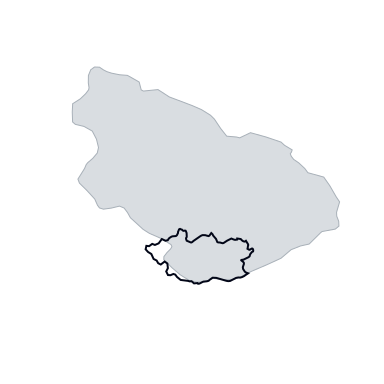 Bhutan, with Gasa highlighted, rotated 207°
{"feature_id": "BTN-2437", "entity_name": "Gasa", "entity_type": "District", "adm_level": 1, "iso_a3": "BTN", "parent_name": "Bhutan", "parent_adm1": "", "projection": "robinson", "projection_center": [89.927, 28.037], "detail": "fine", "context": "in_parent", "style": "outline", "palette": "ink", "viewbox_px": 384, "rotation_deg": 207, "n_neighbors": 0, "source": "natural_earth", "source_scale": "10m", "svg_char_len": 3607}
<svg xmlns="http://www.w3.org/2000/svg" viewBox="0 0 384 384"><g transform="rotate(207 192 192)"><path d="M298.7,168.4L298.2,170.8L295.7,176.9L294.1,183.7L295.5,189.2L301.1,195.7L308.5,201.0L318.0,201.4L326.7,199.3L330.2,200.2L335.0,208.9L338.4,216.5L333.8,224.3L331.4,231.2L330.5,236.1L331.1,238.2L333.9,242.1L337.2,248.8L337.7,255.0L335.6,259.1L331.1,261.2L326.4,260.6L322.4,260.6L317.5,261.4L309.7,263.6L302.5,266.6L289.0,266.0L283.6,259.9L281.1,259.9L268.8,267.8L255.4,266.4L231.0,269.1L220.9,269.7L210.4,268.8L205.1,267.1L195.3,261.6L186.4,257.5L177.3,261.2L174.1,261.9L166.8,271.4L151.1,274.6L135.3,276.9L130.7,275.6L121.9,275.0L121.5,272.8L121.8,270.7L119.8,268.9L116.2,267.2L110.0,266.4L102.1,264.1L97.5,261.8L81.4,265.1L72.0,260.1L61.4,253.2L56.0,250.2L54.0,239.6L52.1,236.2L48.0,232.5L45.6,228.3L47.5,224.0L58.2,215.8L59.0,213.9L64.0,198.8L70.8,193.2L77.5,185.6L82.6,173.4L92.5,160.9L103.2,148.1L110.7,137.7L115.6,132.8L125.7,127.6L134.2,124.6L140.0,117.6L147.1,113.7L154.4,112.0L165.1,112.9L175.3,115.4L186.4,118.9L187.7,121.7L186.8,126.6L185.2,131.6L185.1,134.2L186.8,135.6L197.7,136.6L211.1,135.8L218.5,136.5L235.2,141.1L240.1,144.4L245.2,146.9L250.2,146.5L256.5,141.1L263.1,136.5L267.2,135.8L270.2,137.3L275.5,141.6L286.5,145.7L296.3,148.8L299.5,151.7L298.4,164.2L298.7,168.4Z" fill="#d9dde1" stroke="#a8b0b8" stroke-width="1"/><path d="M105.1,145.0L105.4,144.4L105.5,144.4L107.5,140.6L108.8,138.9L110.2,137.6L111.9,136.9L113.7,135.5L117.7,130.0L119.3,129.0L120.9,128.5L131.4,126.5L134.7,125.0L136.3,122.0L136.9,120.4L138.2,119.2L141.2,117.3L141.9,116.4L143.3,114.4L144.1,113.5L145.0,113.0L145.7,113.4L148.7,111.5L151.9,112.3L153.5,111.3L155.2,111.0L162.2,108.5L166.8,109.5L169.4,110.8L171.4,110.5L173.4,108.1L175.7,107.1L178.9,109.5L178.9,113.2L181.5,117.1L184.8,117.6L186.9,113.2L189.8,113.2L192.4,114.9L195.8,114.9L200.1,118.3L203.9,118.6L207.3,119.9L208.2,123.3L205.6,124.3L203.9,127.7L201.0,128.0L198.4,131.1L197.5,136.4L193.6,136.5L193.0,137.0L191.7,138.0L191.5,140.1L190.9,141.4L190.0,142.9L189.2,143.7L186.4,145.4L185.9,146.4L185.8,147.2L185.9,147.8L185.8,148.6L185.9,149.1L186.1,149.6L186.3,150.1L186.4,150.5L186.4,151.5L186.5,152.2L186.6,152.7L186.3,153.3L185.9,153.7L184.9,153.7L184.4,153.8L183.9,153.9L182.7,153.5L182.1,153.5L181.6,153.7L181.1,154.2L180.6,154.5L180.1,154.6L179.4,154.1L178.2,153.0L176.5,150.0L176.3,149.4L176.3,149.1L176.3,148.9L176.4,148.6L176.3,148.1L176.0,147.5L174.6,146.2L173.1,146.3L170.3,146.5L169.9,146.6L169.5,146.9L169.1,147.5L168.4,149.2L164.8,155.9L164.4,156.6L163.9,157.4L163.1,158.3L161.3,159.2L160.4,159.6L158.6,159.9L158.1,160.1L157.7,160.1L157.3,160.2L157.0,160.6L156.7,160.9L156.2,164.2L154.8,163.8L154.4,163.6L153.4,162.8L149.3,161.1L147.2,159.3L146.7,158.9L146.2,158.9L145.7,159.0L144.6,159.5L144.0,159.7L143.4,159.9L143.0,159.9L141.8,160.2L141.4,160.3L140.8,160.8L140.3,161.6L138.6,164.6L135.8,168.4L133.3,168.6L131.9,168.9L130.2,170.1L130.6,171.1L127.2,172.2L125.6,171.6L124.9,171.5L124.3,171.4L123.3,171.5L122.7,171.7L122.4,171.8L121.8,173.0L118.5,171.0L118.2,170.7L117.8,170.3L117.7,169.5L117.1,167.8L116.8,166.6L114.9,166.5L114.3,166.8L114.1,167.2L113.6,167.9L112.9,168.9L112.6,169.0L112.3,169.0L112.0,168.9L111.8,168.7L111.5,168.5L111.3,168.3L111.1,168.0L110.9,167.7L110.8,167.4L110.6,166.8L111.3,165.9L111.8,163.7L111.9,162.9L111.8,162.2L111.7,161.7L111.5,160.9L111.7,160.3L112.1,159.5L115.2,155.4L115.6,155.0L116.1,154.6L116.5,154.4L117.1,153.9L117.2,153.6L116.9,153.4L114.8,153.0L113.7,152.5L113.1,151.5L112.6,148.1L111.5,146.6L109.1,145.2L108.4,144.9L107.2,144.8L105.1,145.0Z" fill="none" stroke="#020617" stroke-width="2"/></g></svg>